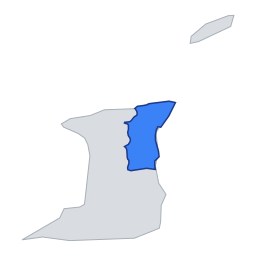 where Sangre Grande sits in Trinidad and Tobago
{"feature_id": "TTO-54", "entity_name": "Sangre Grande", "entity_type": "Region", "adm_level": 1, "iso_a3": "TTO", "parent_name": "Trinidad and Tobago", "parent_adm1": "", "projection": "natural_earth1", "projection_center": [-61.154, 10.651], "detail": "fine", "context": "in_parent", "style": "filled", "palette": "blue", "viewbox_px": 256, "rotation_deg": 0, "n_neighbors": 0, "source": "natural_earth", "source_scale": "10m", "svg_char_len": 1324}
<svg xmlns="http://www.w3.org/2000/svg" viewBox="0 0 256 256"><path d="M159.3,228.2L134.4,238.2L69.6,240.6L42.7,237.0L22.1,239.8L59.7,217.9L64.1,208.7L80.0,207.0L84.5,204.2L89.9,155.9L87.8,144.4L84.6,138.0L78.2,133.5L63.7,127.2L61.3,123.9L70.4,118.6L89.9,115.6L104.4,109.8L134.5,108.7L149.1,103.5L173.8,102.1L161.7,124.2L156.0,132.5L158.2,152.5L155.4,166.0L158.7,183.2L166.0,194.4L161.2,205.5L160.6,222.2L159.3,228.2ZM198.5,41.6L190.2,43.4L191.2,36.3L205.8,24.0L228.2,15.7L233.9,15.4L230.7,26.4L198.5,41.6Z" fill="#d9dde1" stroke="#a8b0b8" stroke-width="1"/><path d="M134.8,108.5L137.4,106.3L146.4,105.1L149.1,103.7L169.0,101.2L175.4,102.6L168.9,115.8L160.8,127.2L158.0,126.6L156.2,130.1L155.3,135.4L155.5,140.5L158.5,151.4L159.1,156.7L154.7,161.1L154.8,166.1L155.3,169.4L146.6,168.3L130.9,170.7L127.9,169.7L127.7,168.9L127.6,167.4L128.9,163.3L128.9,160.5L127.7,159.1L127.3,157.6L126.8,150.1L126.2,148.2L124.5,146.5L128.4,144.4L129.1,143.2L130.0,141.8L130.3,140.5L130.3,139.3L130.0,138.2L128.8,136.4L128.2,135.2L127.7,132.2L128.4,129.5L128.4,126.4L128.3,124.9L127.5,124.0L126.8,123.7L125.9,123.6L125.1,123.3L124.4,123.0L124.7,122.3L129.1,121.8L130.5,121.3L131.3,120.5L133.8,117.3L134.8,116.5L136.1,115.7L137.1,114.8L137.1,113.2L136.9,111.6L135.5,109.1L134.8,108.5Z" fill="#3b82f6" stroke="#1e3a8a" stroke-width="1.5"/></svg>